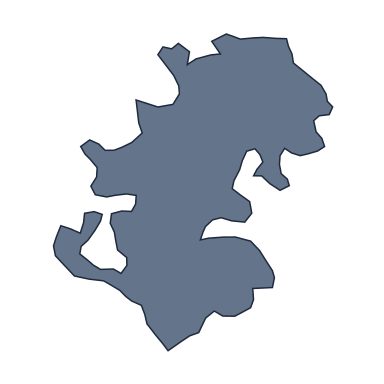 São José do Inhacorá, Rio Grande do Sul, Brazil, rotated 274°
{"feature_id": "56859067B50874549869187", "entity_name": "São José do Inhacorá", "entity_type": "district", "adm_level": 2, "iso_a3": "BRA", "parent_name": "Brazil", "parent_adm1": "Rio Grande do Sul", "projection": "orthographic", "projection_center": [-54.127, -27.736], "detail": "fine", "context": "isolated", "style": "filled", "palette": "slate", "viewbox_px": 384, "rotation_deg": 274, "n_neighbors": 0, "source": "geoboundaries", "source_scale": "gbopen_adm2", "svg_char_len": 1994}
<svg xmlns="http://www.w3.org/2000/svg" viewBox="0 0 384 384"><g transform="rotate(274 192 192)"><path d="M343.7,201.2L331.7,210.7L330.1,201.3L325.1,186.8L318.7,178.4L331.7,179.7L339.3,168.0L333.4,161.7L334.7,152.9L326.6,148.4L307.0,165.6L296.9,171.4L289.0,172.6L278.1,166.9L274.4,152.1L279.9,129.8L257.1,134.1L247.4,138.2L237.2,128.5L231.7,118.9L228.2,111.3L227.5,102.4L233.3,95.7L236.8,86.3L229.6,77.8L222.4,82.6L217.3,88.4L209.7,95.7L200.3,95.8L190.8,90.7L182.5,95.7L181.1,107.2L183.3,115.4L185.5,126.7L184.7,136.6L176.0,136.6L168.4,133.0L168.1,123.1L164.7,113.2L155.1,112.6L146.4,117.4L139.0,119.1L128.9,121.8L122.1,131.4L114.2,132.2L105.8,126.9L109.7,119.0L108.4,106.1L112.2,98.6L116.6,92.8L122.4,84.4L130.0,85.2L136.6,91.5L146.8,97.8L156.5,102.7L163.4,104.0L165.6,95.8L163.3,86.3L153.9,86.0L143.1,83.4L146.8,73.2L149.2,63.5L137.6,59.8L128.6,57.6L118.9,60.2L110.5,69.2L100.0,80.6L97.9,95.4L97.2,110.0L92.8,119.1L88.8,126.9L83.1,133.3L79.0,139.5L75.4,149.4L66.7,153.4L57.3,156.3L46.8,165.7L38.9,173.2L32.0,179.2L42.0,191.5L48.3,199.6L52.2,208.5L59.8,211.5L67.2,214.4L74.8,222.5L70.4,231.4L71.1,243.4L80.6,258.5L88.9,260.9L100.0,259.3L102.3,278.9L112.3,280.2L119.3,277.6L127.9,271.1L138.4,263.4L147.1,253.9L148.5,246.6L150.1,238.4L149.2,226.5L147.1,211.8L144.8,203.7L152.2,205.6L158.4,207.8L165.6,214.4L168.4,222.8L166.0,233.5L165.6,246.7L175.0,253.1L186.4,250.2L192.4,240.5L198.1,231.9L206.0,233.0L217.6,238.0L226.8,240.0L236.5,243.7L239.5,251.8L234.0,257.2L226.8,260.6L219.1,255.2L212.5,252.3L212.9,260.4L205.8,269.0L199.8,279.7L205.1,288.6L211.5,286.2L216.5,279.7L225.6,277.3L234.4,277.3L242.0,281.4L237.9,288.6L235.8,297.4L238.2,305.2L241.6,314.4L246.6,321.1L254.5,317.8L260.7,311.6L271.6,308.4L276.9,313.6L278.8,323.5L286.7,326.4L291.9,320.7L299.1,318.9L307.4,313.3L313.6,304.3L320.8,294.1L327.7,284.2L336.7,282.1L343.9,278.1L351.5,275.6L351.1,264.3L351.2,252.3L350.0,242.5L347.9,229.5L350.0,222.5L352.0,215.2L343.7,201.2Z" fill="#64748b" stroke="#1e293b" stroke-width="1.5"/></g></svg>